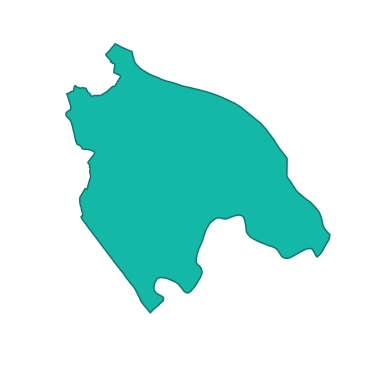 outline of Mang Thit, Vĩnh Long, Vietnam, rotated 13°
{"feature_id": "81297802B20675443699466", "entity_name": "Mang Thit", "entity_type": "district", "adm_level": 2, "iso_a3": "VNM", "parent_name": "Vietnam", "parent_adm1": "Vĩnh Long", "projection": "orthographic", "projection_center": [106.063, 10.182], "detail": "fine", "context": "isolated", "style": "filled", "palette": "teal", "viewbox_px": 384, "rotation_deg": 13, "n_neighbors": 0, "source": "geoboundaries", "source_scale": "gbopen_adm2", "svg_char_len": 5589}
<svg xmlns="http://www.w3.org/2000/svg" viewBox="0 0 384 384"><g transform="rotate(13 192 192)"><path d="M101.8,68.6L98.5,68.3L96.7,67.8L93.5,67.3L90.5,66.6L86.8,65.7L83.8,64.9L83.5,65.3L83.0,66.5L81.0,70.4L80.0,72.5L78.1,75.7L77.4,76.7L77.2,77.2L77.3,77.8L77.5,78.0L78.3,78.8L81.5,81.0L82.6,81.8L83.5,82.5L83.5,83.3L83.5,83.6L84.0,83.4L84.5,83.2L84.9,84.0L85.4,84.4L85.8,84.5L87.9,84.6L88.1,84.8L88.3,86.3L88.3,87.0L88.7,91.5L88.8,93.0L90.2,93.5L91.7,93.8L94.7,94.4L96.0,94.9L96.3,95.1L96.5,95.7L96.2,96.7L95.7,97.9L94.5,101.7L93.9,103.5L93.5,105.4L93.1,106.1L92.7,106.3L92.0,106.6L91.1,106.9L90.1,108.1L88.9,109.9L87.4,112.1L86.9,112.9L85.2,114.7L82.5,117.3L80.6,119.0L80.3,118.9L79.8,118.8L78.8,118.9L78.0,119.4L77.3,119.6L76.6,119.7L75.9,119.7L75.4,119.8L74.6,120.3L73.7,120.9L73.4,121.2L72.9,121.2L72.5,121.1L72.0,121.0L71.4,120.3L71.0,119.7L70.4,119.2L69.9,118.9L69.2,118.7L68.6,118.4L67.8,117.8L66.7,116.5L65.9,115.4L65.4,115.0L64.9,114.8L64.4,114.7L63.9,115.0L63.2,115.1L62.6,115.0L62.1,115.0L61.5,115.0L61.1,115.1L60.5,115.6L60.0,116.1L59.5,116.2L59.1,116.1L58.7,115.9L58.2,115.7L57.4,115.8L56.6,115.8L56.2,115.6L55.7,115.3L55.2,115.0L54.7,114.7L54.2,114.7L54.0,114.9L53.9,115.2L53.7,116.3L53.7,116.8L53.7,117.7L53.8,119.4L53.7,119.9L53.7,120.3L53.4,120.5L53.1,120.7L52.4,120.9L51.9,121.1L51.6,121.4L51.2,121.8L50.9,122.4L50.6,122.6L50.0,123.0L49.1,123.8L47.9,124.6L48.7,125.6L49.6,127.1L50.3,128.3L51.1,129.6L51.5,130.4L52.3,131.7L54.1,134.9L54.6,136.1L55.0,136.9L55.1,137.4L55.1,137.9L55.0,138.4L54.7,139.2L54.3,139.8L53.4,140.7L52.3,142.0L51.8,142.8L51.7,143.1L51.6,143.4L51.6,143.7L51.6,143.9L51.6,144.2L51.6,144.4L51.7,144.8L52.5,146.2L52.9,146.5L53.8,147.2L55.0,147.9L56.3,148.7L57.3,149.6L58.2,150.6L59.1,151.8L60.0,153.6L61.0,155.3L61.8,157.1L62.6,158.8L64.1,161.5L64.8,163.4L65.8,165.4L66.2,166.4L66.7,167.5L67.4,168.6L68.1,169.6L68.7,170.5L69.1,171.1L69.6,171.4L70.8,171.6L71.9,171.8L72.6,172.0L73.1,172.3L73.7,172.7L74.6,173.6L75.2,174.2L75.6,174.6L76.1,174.7L76.7,174.7L78.4,174.5L80.4,174.0L81.6,174.0L83.7,174.0L85.0,174.2L85.7,174.4L86.8,174.5L87.6,174.9L88.0,175.1L88.2,175.6L88.3,176.5L88.1,177.4L87.7,178.4L87.1,179.7L86.0,181.8L84.6,184.9L83.9,186.7L84.0,187.0L85.1,187.8L86.2,188.6L86.3,189.5L86.3,190.2L86.4,190.6L86.6,190.9L87.0,191.0L87.3,191.3L87.4,191.6L87.6,192.1L87.6,194.0L87.6,194.5L87.9,195.5L89.3,198.5L89.8,199.7L89.8,200.2L89.8,200.9L89.6,202.3L89.3,206.5L89.2,208.6L89.3,211.7L89.2,212.1L89.2,213.0L88.1,212.8L87.1,212.7L86.5,214.5L86.0,216.2L84.9,219.7L84.2,221.8L84.0,222.8L84.6,225.7L85.2,227.7L85.9,229.5L87.0,231.2L87.8,232.8L88.2,234.0L89.4,236.0L90.1,237.3L90.4,238.1L90.6,238.9L90.6,239.6L89.5,240.9L89.8,241.7L91.4,243.5L95.5,246.9L97.2,248.4L101.3,251.9L101.4,252.0L102.2,252.7L109.2,258.4L115.8,264.1L124.9,271.6L128.8,274.9L131.6,277.3L137.1,281.8L142.9,286.4L146.8,289.9L152.0,294.2L156.7,297.8L158.9,299.9L162.6,304.6L164.0,306.0L165.8,308.6L167.2,310.2L171.2,313.6L173.1,314.9L176.2,317.3L177.9,318.7L178.5,319.1L180.2,316.2L182.0,313.6L182.7,312.5L184.2,310.8L185.4,308.9L186.8,306.7L187.9,305.3L188.0,305.2L188.4,303.5L188.3,302.6L188.1,301.7L187.0,300.7L185.1,300.1L182.9,299.5L181.1,299.0L179.9,298.5L179.2,297.9L178.1,297.1L177.1,295.9L176.7,294.9L176.2,293.2L176.1,290.9L176.2,288.6L177.0,286.0L177.5,284.5L178.5,283.5L179.3,283.0L180.5,282.5L181.9,282.1L183.4,282.0L184.8,281.8L185.9,281.8L186.4,281.9L187.2,281.9L189.1,282.1L192.3,282.7L195.4,283.3L197.4,284.0L199.8,285.1L201.1,286.1L205.6,289.7L206.9,290.7L207.6,291.0L208.6,291.3L209.4,291.4L210.3,291.3L211.4,290.9L213.1,289.1L215.8,283.9L216.7,281.7L218.7,275.2L219.0,274.4L219.2,274.2L219.9,269.8L219.9,268.1L219.5,266.8L218.0,264.2L216.9,263.2L215.8,262.4L214.4,261.6L213.3,260.9L212.1,259.8L211.9,259.3L211.2,256.4L211.1,254.1L210.9,252.6L211.0,251.9L211.3,247.5L211.5,245.4L211.7,244.6L211.8,244.4L212.9,238.3L213.1,237.1L213.6,230.7L213.7,229.6L214.5,224.2L215.2,222.3L215.9,219.7L216.7,218.0L217.9,216.3L219.1,214.9L220.1,213.3L220.4,213.1L221.7,212.1L222.8,211.4L224.3,211.1L225.6,210.9L226.7,210.9L228.0,211.0L229.7,211.0L231.0,210.7L233.2,209.3L236.3,207.2L238.8,205.7L241.1,204.5L241.7,204.2L243.3,203.8L245.4,203.7L245.8,203.8L246.4,204.1L247.1,204.4L247.9,205.2L248.5,205.9L249.9,208.0L250.9,210.4L251.8,212.3L253.5,217.2L254.1,218.6L255.0,219.8L257.3,221.5L259.1,222.8L261.8,223.7L263.7,224.3L265.2,224.5L267.1,225.1L273.1,226.1L276.8,226.6L279.2,227.0L282.2,227.2L284.1,227.5L285.5,227.9L286.5,228.2L287.6,228.7L289.8,230.5L290.0,230.8L291.2,231.9L293.6,234.3L295.2,235.2L296.4,235.4L297.5,235.5L298.5,235.4L300.1,235.1L302.3,233.9L303.3,233.2L308.7,228.2L311.1,225.9L311.3,225.8L315.2,222.6L316.5,221.7L318.1,221.1L320.0,220.5L320.8,220.2L321.3,220.3L321.7,220.5L323.4,221.9L326.6,225.7L328.0,226.9L328.6,227.0L328.6,226.9L329.7,225.5L331.0,223.6L331.6,222.2L332.3,220.1L333.1,217.1L334.0,214.4L335.6,209.3L336.1,207.4L336.1,207.0L336.0,202.5L334.5,201.7L332.3,200.2L329.7,198.0L327.8,196.0L326.4,193.5L324.3,188.8L321.7,184.7L320.1,182.7L315.0,178.8L309.8,175.4L305.0,173.4L303.4,172.7L301.7,171.8L296.3,169.0L293.5,167.3L290.1,164.1L286.2,160.2L281.6,156.3L280.9,155.3L277.7,140.6L277.0,137.7L266.3,129.0L265.6,128.3L264.4,127.1L262.7,125.4L259.8,122.6L256.6,119.8L253.6,117.2L251.0,115.0L244.2,110.0L223.0,99.5L220.6,98.3L214.7,96.3L214.1,96.1L205.8,94.2L201.0,93.3L193.5,92.0L186.1,91.3L177.5,90.9L168.8,90.8L158.6,90.8L149.8,89.9L148.2,89.8L141.0,89.6L137.6,89.2L132.9,88.2L127.7,87.5L123.6,86.7L120.7,85.7L116.1,84.2L112.4,82.5L109.5,80.5L107.3,78.7L105.8,76.5L103.4,71.8L101.8,68.6Z" fill="#14b8a6" stroke="#0f766e" stroke-width="1.5"/></g></svg>